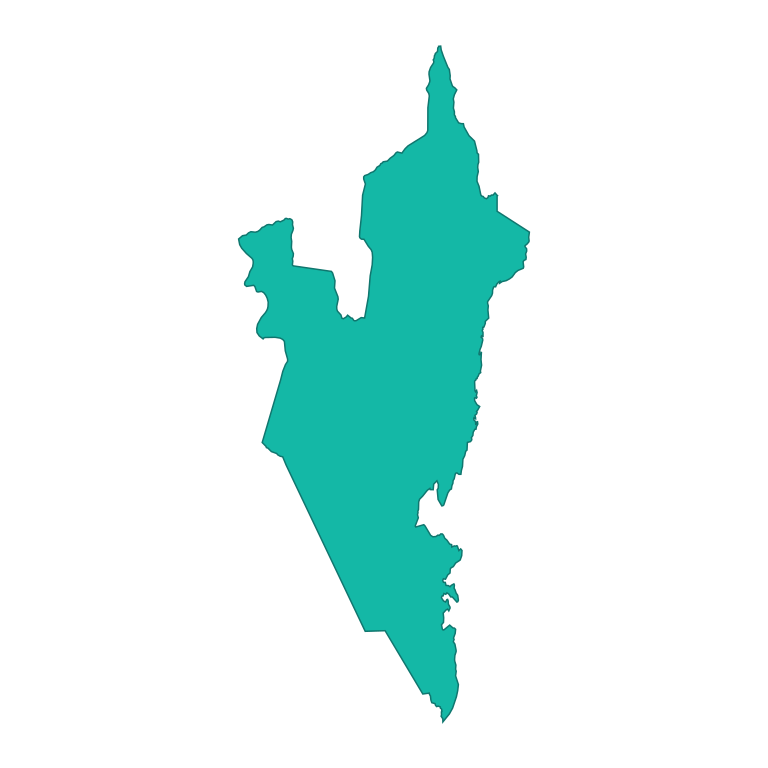 outline of Turkana East, Rift Valley, Kenya
{"feature_id": "3690345B18632189504967", "entity_name": "Turkana East", "entity_type": "district", "adm_level": 2, "iso_a3": "KEN", "parent_name": "Kenya", "parent_adm1": "Rift Valley", "projection": "equal_earth", "projection_center": [36.31, 1.871], "detail": "fine", "context": "isolated", "style": "filled", "palette": "teal", "viewbox_px": 768, "rotation_deg": 0, "n_neighbors": 0, "source": "geoboundaries", "source_scale": "gbopen_adm2", "svg_char_len": 6097}
<svg xmlns="http://www.w3.org/2000/svg" viewBox="0 0 768 768"><path d="M440.7,46.1L438.6,46.3L438.5,47.3L437.8,47.9L437.5,51.5L435.3,53.5L435.4,54.1L434.5,55.5L434.1,58.5L433.2,59.9L433.8,61.3L433.6,62.9L430.6,67.5L429.1,71.8L429.0,74.3L429.9,80.6L429.7,81.9L428.5,85.0L426.4,88.3L426.7,90.1L428.8,93.5L429.3,95.9L427.9,107.7L427.8,130.3L427.0,132.6L424.6,135.5L408.1,145.8L405.2,148.6L401.9,153.1L397.4,152.0L396.1,152.7L393.9,155.5L390.2,158.2L387.4,161.1L383.2,161.8L382.2,163.0L380.8,163.7L379.8,165.5L377.0,167.2L375.4,169.9L373.4,171.7L370.7,172.7L368.2,174.4L364.7,175.6L363.7,176.9L363.7,179.0L365.4,184.0L362.6,195.2L361.5,215.5L359.8,231.2L359.5,236.5L359.8,237.7L361.3,239.1L364.0,239.3L368.4,246.4L371.1,249.6L372.2,252.2L372.6,257.4L372.2,264.8L370.2,275.8L368.5,296.3L364.6,318.0L361.2,317.6L356.1,320.7L354.6,320.8L353.7,320.4L352.4,318.3L351.1,318.0L347.6,315.2L346.3,316.9L343.4,318.7L341.9,318.2L340.9,314.9L337.5,311.2L336.8,309.2L336.7,306.5L338.2,299.2L337.9,296.7L334.5,288.1L335.0,280.8L332.6,273.0L331.4,271.4L293.4,265.9L292.7,265.4L292.4,264.8L292.8,261.2L292.3,258.7L293.2,256.2L293.4,253.6L291.7,249.4L291.4,247.2L291.7,241.4L291.1,237.5L291.4,234.2L292.9,230.5L293.4,228.3L292.5,224.8L292.7,221.9L292.0,220.0L291.4,219.5L289.8,218.7L288.1,219.1L286.6,218.4L285.3,218.5L283.9,220.1L280.3,221.8L278.3,221.1L276.1,221.6L272.5,225.0L268.9,224.5L267.0,224.8L263.9,226.9L262.2,227.4L259.6,230.2L257.7,231.5L255.3,232.2L250.9,231.7L248.5,232.9L246.3,235.0L242.5,235.7L238.6,239.0L239.7,244.7L241.7,248.2L246.4,253.5L251.8,258.2L252.8,259.6L253.2,261.3L253.2,263.4L252.6,266.9L249.9,271.6L248.4,276.7L245.0,281.7L244.6,283.8L244.8,284.9L246.6,286.4L253.7,285.3L254.9,286.6L256.6,291.5L258.0,292.0L261.5,291.4L263.7,292.6L265.7,295.1L267.2,298.2L268.2,302.1L268.0,306.5L267.5,308.8L266.7,310.6L265.4,312.7L261.3,317.5L257.6,324.3L256.7,328.6L257.0,332.6L259.3,336.0L263.1,338.9L264.0,337.8L265.0,337.5L275.1,337.3L280.2,338.1L282.8,339.5L284.4,341.4L285.3,350.9L287.6,359.1L287.6,361.3L285.5,364.5L282.8,371.3L280.6,380.0L262.2,442.5L266.0,446.4L266.4,447.6L267.9,448.1L271.4,451.6L276.7,453.5L277.7,454.8L280.1,456.2L282.7,456.8L286.1,465.0L365.2,631.3L385.1,630.7L422.8,694.0L429.3,693.1L429.5,694.5L430.4,695.8L430.9,700.0L431.8,702.7L435.0,703.6L435.6,705.5L436.7,706.6L438.1,706.1L440.3,706.9L440.4,708.1L441.6,709.1L441.9,711.6L441.4,711.9L441.5,715.0L441.1,716.2L442.8,718.8L442.9,721.9L449.4,713.9L452.6,708.1L456.4,696.8L457.7,690.7L458.4,684.6L455.6,675.9L456.2,671.2L455.6,669.3L455.9,665.1L454.7,661.0L454.6,659.3L454.9,655.4L456.1,651.7L456.1,650.2L454.9,644.1L453.3,641.8L454.1,639.3L453.6,638.5L453.7,637.5L455.2,633.4L455.6,629.3L454.4,628.1L453.0,628.0L449.7,625.1L444.0,629.8L443.1,630.0L442.3,629.0L441.5,624.8L443.5,622.4L443.7,617.8L443.2,613.1L446.1,609.9L447.6,609.1L448.8,610.9L450.1,608.0L449.9,606.8L448.4,604.2L448.2,601.0L447.6,599.4L446.9,599.6L445.6,602.0L443.6,601.0L441.6,598.1L441.5,597.3L442.3,595.8L443.1,595.9L443.9,593.5L445.8,594.3L446.9,592.8L448.9,594.2L450.7,596.9L452.4,597.0L456.9,602.1L457.8,601.7L458.4,600.2L457.7,595.3L456.1,593.0L455.0,589.7L454.1,588.3L454.4,585.0L453.9,583.9L451.3,585.3L450.0,586.7L448.4,585.6L446.0,585.4L445.3,582.4L443.5,582.3L442.7,580.6L443.4,578.8L445.5,579.2L447.8,574.8L450.0,573.0L450.3,568.9L451.1,567.8L453.3,566.6L455.7,563.0L460.2,560.0L461.7,555.7L462.0,550.5L460.7,548.9L458.9,550.6L457.4,546.2L456.9,545.7L455.3,546.2L454.3,545.9L451.8,547.0L451.6,544.6L449.7,544.1L446.8,540.0L444.8,538.3L443.5,535.3L442.4,534.0L440.8,533.9L439.3,535.4L437.9,535.1L436.0,536.5L432.9,536.8L430.6,535.3L425.0,525.9L423.8,524.7L415.8,527.0L415.3,526.3L415.4,525.5L418.3,517.8L417.5,514.7L418.0,512.7L417.8,511.3L418.5,509.5L418.7,501.9L419.6,499.2L422.6,496.2L427.3,490.3L429.9,488.4L430.2,489.6L433.2,489.7L433.7,484.1L436.9,480.8L438.4,484.4L438.2,488.3L437.2,489.8L438.1,499.5L441.8,505.9L442.9,505.7L443.8,504.9L447.9,492.8L449.8,489.9L451.4,489.0L451.9,485.6L452.9,483.3L453.1,480.6L454.2,478.8L455.2,474.2L456.1,473.0L456.9,472.9L458.9,474.3L460.9,474.3L461.4,470.5L462.5,466.4L462.9,459.3L464.7,455.7L465.7,451.3L467.0,450.1L467.4,442.4L470.5,441.6L471.6,440.2L471.8,439.3L471.4,437.7L472.9,435.4L473.2,432.2L474.8,429.3L476.0,429.2L476.4,426.7L477.8,424.0L477.5,421.7L477.2,421.7L476.6,423.7L475.7,424.2L475.5,421.5L474.0,420.1L473.7,418.5L474.0,417.7L475.6,418.8L475.6,417.8L474.9,415.4L476.6,413.9L477.1,412.2L476.5,411.4L477.5,410.4L479.7,406.5L477.0,404.7L474.7,400.8L474.5,398.1L475.0,397.7L476.4,398.2L477.0,397.2L476.3,395.9L477.1,392.5L476.6,390.4L475.6,391.8L475.0,390.7L474.6,382.0L474.7,381.0L475.9,379.9L476.1,378.9L477.1,378.5L477.3,377.2L478.1,376.3L479.1,373.8L480.7,372.6L480.4,371.0L481.6,365.2L481.0,359.6L481.4,352.5L481.0,352.3L480.3,354.5L479.6,354.8L479.1,354.6L479.0,353.6L480.0,349.5L481.3,346.3L482.8,340.0L482.5,338.5L481.1,337.2L481.5,335.9L481.9,335.6L482.4,335.7L483.0,337.1L483.0,332.3L482.3,330.9L482.3,330.1L482.9,329.5L482.7,327.5L483.1,327.1L483.7,327.3L484.2,326.3L485.3,323.4L485.3,321.4L488.7,318.1L487.9,309.9L488.3,305.9L487.6,303.3L487.6,301.7L491.7,295.6L492.5,293.2L492.6,290.1L493.5,287.4L494.1,286.7L495.6,286.8L496.8,284.1L499.2,281.5L500.0,281.2L499.7,283.2L502.1,281.6L506.3,280.6L509.5,278.9L512.2,276.9L515.3,272.6L518.1,270.4L523.2,268.3L523.7,266.9L523.1,261.8L524.0,260.4L525.9,259.5L526.2,257.3L525.6,253.9L526.7,251.1L526.6,248.8L525.0,246.6L525.0,245.7L527.1,244.0L528.9,241.8L529.1,240.9L528.7,237.3L529.4,232.1L497.1,211.3L497.1,195.7L497.4,195.6L495.0,192.9L493.0,195.1L491.3,195.1L490.4,196.1L488.5,195.8L488.0,197.5L486.5,198.7L484.4,198.0L483.2,196.5L481.6,196.0L480.8,194.8L479.0,186.2L477.0,181.3L477.1,176.7L478.3,171.6L477.7,167.5L477.9,164.7L478.7,162.3L478.5,154.3L477.1,152.9L476.9,150.7L474.5,141.1L469.0,135.7L464.1,127.0L463.4,123.7L461.0,123.6L458.6,122.8L455.5,117.7L455.4,116.4L454.4,114.9L454.4,111.7L453.4,108.1L453.9,102.2L453.3,98.8L454.4,94.7L456.8,89.9L454.7,87.7L452.8,86.5L452.1,85.1L450.0,78.9L450.2,75.7L449.3,69.4L447.9,67.4L443.4,56.3L441.2,49.9L440.7,46.1Z" fill="#14b8a6" stroke="#0f766e" stroke-width="1.5"/></svg>